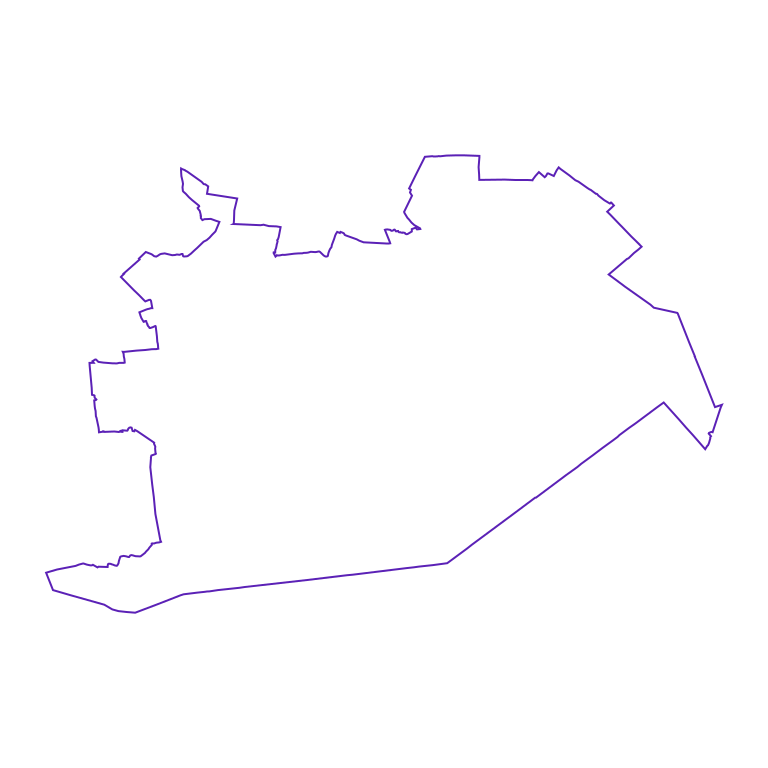 Dobromir, Constanta, Romania
{"feature_id": "2599482B21498804954375", "entity_name": "Dobromir", "entity_type": "district", "adm_level": 2, "iso_a3": "ROU", "parent_name": "Romania", "parent_adm1": "Constanta", "projection": "equal_earth", "projection_center": [27.791, 44.013], "detail": "fine", "context": "isolated", "style": "outline", "palette": "violet", "viewbox_px": 768, "rotation_deg": 0, "n_neighbors": 0, "source": "geoboundaries", "source_scale": "gbopen_adm2", "svg_char_len": 6084}
<svg xmlns="http://www.w3.org/2000/svg" viewBox="0 0 768 768"><path d="M558.7,167.4L556.6,170.4L553.8,176.0L548.5,173.5L548.0,173.4L547.4,173.5L545.9,176.1L544.7,177.2L538.9,172.1L535.5,175.9L532.9,179.4L532.5,180.3L531.8,180.2L527.6,180.0L515.4,180.0L504.7,179.6L479.3,179.9L479.1,174.4L478.6,167.1L479.4,157.4L479.4,155.9L463.1,155.3L457.0,155.3L446.3,155.6L440.0,156.3L438.9,156.1L437.2,156.4L433.7,156.5L432.3,156.2L424.9,156.8L415.2,176.1L409.1,188.5L410.9,189.8L410.0,192.5L412.0,195.7L404.1,211.9L404.5,213.0L407.4,217.8L409.1,219.6L411.4,222.5L414.3,225.1L420.1,228.4L420.3,229.0L417.0,229.4L415.6,227.7L411.8,229.1L411.8,231.5L407.6,234.0L406.8,234.2L406.2,234.1L405.4,233.8L404.8,232.9L402.8,232.5L402.4,232.8L400.8,232.5L400.3,232.2L399.2,232.3L398.4,231.8L398.1,231.0L397.0,231.1L396.1,231.4L395.6,231.0L395.2,230.2L394.7,229.7L394.3,229.6L393.8,229.8L393.0,230.5L392.0,230.8L391.5,230.8L390.9,230.5L390.4,229.9L389.9,229.8L387.2,229.4L385.5,229.6L384.9,229.8L389.8,242.0L390.2,243.3L389.0,243.5L386.3,243.5L363.6,242.3L359.3,240.7L356.7,239.3L346.3,235.6L344.9,235.0L344.5,234.6L344.1,233.6L343.6,233.2L342.4,232.6L340.5,231.9L339.9,233.0L337.2,231.9L336.0,233.8L335.2,235.5L334.2,238.7L331.9,244.8L331.4,247.3L330.3,248.6L329.4,250.4L328.4,253.1L327.9,255.7L327.6,256.2L326.8,256.5L325.6,256.5L324.6,256.1L323.5,255.3L320.1,252.0L319.3,251.5L318.5,251.5L316.3,252.0L315.1,252.1L310.8,251.8L308.0,252.6L306.6,252.8L303.7,252.9L302.4,253.3L298.4,253.4L294.1,253.7L284.7,254.9L282.5,254.8L279.7,255.4L277.5,255.5L276.9,255.2L276.1,256.1L275.5,256.6L273.6,253.0L273.7,252.4L275.2,252.5L275.3,249.9L276.0,248.3L276.7,245.0L276.7,244.3L277.0,243.8L277.6,241.2L277.2,240.4L277.5,239.6L278.0,239.2L278.7,237.0L280.6,227.1L276.5,226.4L268.9,226.1L264.2,224.9L263.7,224.7L260.5,225.2L233.5,224.0L233.7,223.9L234.0,220.0L234.3,210.5L237.2,198.5L207.0,193.8L208.2,186.4L205.3,184.3L204.0,184.2L203.5,183.9L202.0,182.2L201.2,181.5L187.4,171.7L185.2,170.5L185.0,170.2L181.7,168.9L181.1,168.5L181.0,169.3L181.2,173.3L181.4,176.2L182.6,181.4L183.0,183.9L182.5,187.3L182.9,191.0L183.4,191.7L185.8,193.8L188.9,197.2L191.9,199.9L199.0,205.7L199.2,206.3L197.6,208.0L198.2,209.0L199.7,210.8L200.7,214.6L200.6,215.8L201.0,216.1L200.8,218.0L202.4,220.1L202.7,220.0L204.3,219.2L210.8,218.9L216.0,220.8L219.4,221.9L215.6,231.1L215.2,231.7L212.2,234.7L209.5,237.7L206.7,240.1L203.6,241.7L197.2,247.9L194.4,250.4L191.0,253.6L187.8,256.0L186.9,256.3L184.0,256.5L183.3,256.3L183.1,256.1L182.5,254.0L181.5,254.0L179.6,254.8L176.9,254.5L175.0,255.0L172.2,255.2L164.7,253.4L161.1,253.9L159.8,254.4L157.6,255.9L156.2,256.6L154.2,256.2L152.0,254.5L151.0,254.0L145.8,252.0L138.9,258.6L139.6,259.5L123.6,273.6L124.0,273.9L122.0,275.8L120.9,277.0L134.1,290.4L138.8,294.9L144.2,300.4L145.3,301.4L149.0,299.9L150.3,299.9L151.0,300.9L152.3,308.1L151.2,308.1L149.0,308.8L147.5,309.1L145.8,309.7L139.4,312.3L139.7,313.3L140.1,314.3L140.4,315.5L141.4,318.1L143.6,321.8L143.8,321.9L145.2,321.0L146.2,321.1L146.5,322.4L147.5,324.3L147.3,324.6L148.1,326.1L149.1,327.1L149.4,327.8L149.7,328.0L150.3,328.0L152.7,327.2L155.0,326.1L155.3,326.0L155.7,326.3L156.9,336.2L157.3,341.8L157.8,343.7L158.1,346.6L158.1,347.4L158.3,348.7L156.3,349.1L152.0,349.2L145.2,350.0L136.5,350.6L124.0,351.9L122.8,351.8L123.6,353.7L123.8,356.3L124.4,359.0L124.7,362.6L123.6,362.9L119.1,362.9L116.9,363.4L116.2,363.4L112.2,363.3L103.3,362.6L98.4,361.9L96.6,360.1L95.9,359.5L95.2,359.5L92.5,361.2L93.7,362.8L89.5,362.9L89.7,366.2L91.7,387.9L92.0,394.8L94.1,395.3L94.4,395.5L94.6,395.8L94.5,396.8L94.7,397.6L95.4,398.5L96.4,399.5L96.2,399.8L95.6,400.1L94.2,400.4L94.7,406.2L95.0,408.5L95.6,411.0L95.9,416.3L96.5,417.8L98.5,427.3L98.8,429.5L99.0,432.3L102.9,431.7L103.0,431.3L103.7,431.3L104.1,431.9L114.4,431.5L119.0,432.0L120.4,430.9L120.9,430.8L121.1,431.8L122.5,431.9L122.7,430.3L127.2,430.7L127.6,430.4L128.3,428.7L129.3,427.7L130.5,427.4L131.6,427.7L132.6,431.0L134.3,431.3L135.0,429.9L137.3,431.2L146.0,437.1L154.2,442.7L154.0,443.7L154.7,445.2L155.3,446.6L155.1,448.6L155.5,452.7L155.9,453.7L155.7,454.0L151.4,455.5L151.2,456.1L150.9,457.5L151.0,457.7L150.3,467.2L152.2,484.4L153.8,497.0L155.4,514.0L160.3,540.1L160.6,541.0L161.0,541.5L161.1,541.8L159.2,542.4L156.3,542.7L154.0,543.5L152.1,543.4L151.7,543.6L151.8,544.9L149.4,547.6L148.3,549.3L146.0,551.6L145.0,552.9L143.1,554.4L140.6,556.3L139.8,556.4L135.6,556.2L134.1,555.8L132.9,555.4L131.4,555.1L131.0,555.2L130.2,555.5L129.1,557.0L128.3,557.0L126.0,556.3L123.6,555.9L121.1,556.4L120.3,556.8L120.1,557.3L118.9,561.0L118.5,563.3L117.5,565.1L116.8,565.8L115.0,565.5L112.8,564.6L111.6,564.3L110.9,563.9L108.9,563.7L108.0,564.2L107.7,565.7L107.6,567.0L98.5,566.7L97.5,567.4L92.9,564.8L92.3,565.2L91.2,565.4L90.1,565.3L86.8,564.6L83.5,563.5L83.0,563.5L78.9,564.6L75.6,565.9L57.1,569.5L46.1,572.7L53.0,590.1L70.5,595.2L104.3,604.7L112.3,609.4L118.4,611.1L126.6,612.0L135.2,612.7L157.4,604.3L180.5,595.3L183.6,594.3L197.5,592.6L205.0,591.8L206.9,591.5L209.3,591.4L217.9,590.1L239.4,587.8L244.8,587.0L307.1,580.0L347.2,575.2L352.7,574.7L406.6,568.1L413.9,567.3L418.9,566.6L433.0,565.1L447.2,563.2L467.1,548.5L471.5,545.0L515.6,512.3L535.1,497.7L535.9,497.7L566.1,475.1L577.4,467.0L581.2,463.8L593.2,455.0L595.3,453.4L602.3,448.1L613.6,439.9L617.6,436.9L619.4,435.1L629.2,427.8L635.5,423.4L656.8,407.5L663.7,402.5L679.0,419.5L685.9,427.4L693.0,435.2L705.2,449.2L707.3,445.8L708.0,445.3L709.0,443.0L710.3,438.4L710.2,437.6L710.5,436.8L711.0,436.2L708.7,433.6L709.0,432.9L710.6,432.2L711.8,431.9L712.6,432.2L720.4,408.4L721.0,406.8L721.9,404.8L715.0,407.1L702.3,375.1L694.7,356.5L694.9,356.4L689.2,342.5L677.8,313.6L677.3,312.9L653.8,307.7L650.5,304.7L625.2,286.8L608.7,274.5L626.9,259.0L628.5,258.3L634.0,253.0L638.3,249.6L641.6,246.7L637.9,243.0L638.0,243.0L631.3,236.5L621.8,226.6L619.8,224.6L610.4,214.8L607.2,211.7L613.9,205.5L611.3,202.6L611.0,202.5L610.2,203.4L609.8,203.5L604.3,200.2L598.4,195.6L597.2,194.1L596.7,193.8L595.9,193.8L590.6,189.8L589.7,189.5L587.4,188.0L578.5,181.7L575.3,180.2L569.5,175.5L560.4,168.9L558.7,167.4Z" fill="none" stroke="#5b21b6" stroke-width="2"/></svg>